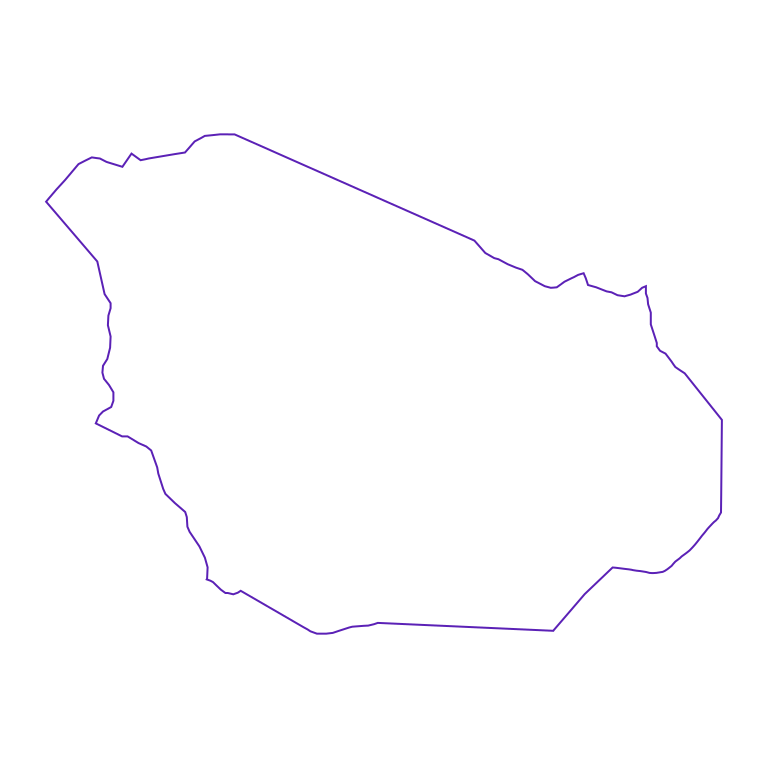 outline of Tou Cochon, Micoud, Saint Lucia
{"feature_id": "8701671B22263392934776", "entity_name": "Tou Cochon", "entity_type": "district", "adm_level": 2, "iso_a3": "LCA", "parent_name": "Saint Lucia", "parent_adm1": "Micoud", "projection": "mercator", "projection_center": [-60.946, 13.822], "detail": "fine", "context": "isolated", "style": "outline", "palette": "violet", "viewbox_px": 768, "rotation_deg": 0, "n_neighbors": 0, "source": "geoboundaries", "source_scale": "gbopen_adm2", "svg_char_len": 2455}
<svg xmlns="http://www.w3.org/2000/svg" viewBox="0 0 768 768"><path d="M206.7,579.4L210.4,580.7L213.0,582.1L217.2,586.2L220.9,589.7L225.4,593.0L227.8,593.0L233.3,594.3L237.8,592.7L240.7,590.8L303.5,627.2L307.5,629.4L310.4,631.3L317.0,633.7L318.8,633.7L325.9,633.7L332.8,632.9L338.4,631.0L349.2,627.5L352.3,626.7L364.0,625.8L368.2,625.6L374.0,624.2L377.8,622.9L553.3,630.8L553.7,630.2L574.5,606.0L584.7,594.1L612.6,567.5L615.2,567.7L619.4,568.2L624.1,568.8L629.2,569.4L631.7,569.8L632.9,570.1L636.6,570.7L640.5,571.1L643.0,571.5L646.1,572.0L649.5,572.9L650.8,573.0L652.6,573.1L656.3,572.9L661.2,572.1L662.6,571.9L663.3,571.6L664.8,570.9L667.4,569.2L671.6,565.9L673.4,563.7L675.3,561.6L679.7,558.3L681.7,556.4L685.7,553.5L687.4,552.2L689.5,550.5L690.2,549.8L692.6,547.3L695.0,544.6L697.2,541.9L698.7,540.0L702.0,535.7L704.7,532.5L707.5,528.9L709.2,527.0L712.3,523.7L713.9,522.1L716.1,520.3L716.5,519.8L718.0,518.2L719.2,515.5L721.0,512.5L721.2,495.3L721.9,419.9L684.7,373.3L680.7,370.7L675.4,367.1L673.5,364.5L671.5,361.5L668.4,357.4L665.5,353.6L662.0,351.8L660.1,350.8L659.4,349.9L656.8,346.3L656.8,343.0L654.9,337.0L650.8,324.4L650.8,312.6L648.1,304.2L647.5,298.0L645.9,293.5L645.9,286.2L642.1,287.8L637.7,291.8L632.3,293.9L630.6,294.6L625.9,295.9L624.6,296.3L623.9,296.2L617.5,295.2L614.8,293.9L611.5,292.3L606.7,291.4L605.6,291.0L596.2,287.3L588.0,285.0L587.1,282.2L585.8,278.3L583.6,273.2L578.1,274.9L575.1,276.5L573.8,277.2L571.8,278.1L564.5,281.7L556.8,287.3L553.7,287.6L550.8,287.8L544.8,286.2L535.0,281.1L534.2,280.3L527.9,274.3L523.9,271.0L522.4,269.8L515.9,267.6L507.7,264.2L498.4,259.2L494.9,258.3L494.0,258.0L493.0,257.4L485.3,253.0L474.4,240.6L234.6,134.4L232.0,134.4L220.4,134.3L212.0,135.2L204.8,135.9L201.1,138.0L194.7,141.4L185.0,152.5L174.8,154.1L148.6,158.5L145.6,159.2L140.6,160.2L131.5,153.6L122.4,166.8L107.1,162.1L106.3,161.8L99.9,158.5L96.7,158.1L91.8,157.4L85.1,160.7L78.5,164.1L65.1,180.0L56.5,189.4L48.9,198.3L46.1,201.7L97.3,261.5L104.6,294.1L110.6,303.2L110.6,308.2L108.4,315.6L107.9,325.2L110.6,336.5L110.1,347.7L107.3,359.0L103.0,365.8L102.4,372.6L104.0,378.8L109.0,385.0L113.4,392.3L113.4,400.8L111.2,407.0L103.0,411.5L99.1,415.5L95.8,423.4L122.1,436.4L127.6,436.4L138.6,443.1L146.3,446.5L151.2,450.5L157.2,467.4L158.3,473.6L163.2,488.9L165.4,493.9L174.8,503.0L185.2,512.0L186.8,517.1L187.4,526.7L189.6,531.8L199.4,546.4L204.9,557.7L207.6,567.3L207.1,578.6L206.7,579.4Z" fill="none" stroke="#5b21b6" stroke-width="2"/></svg>